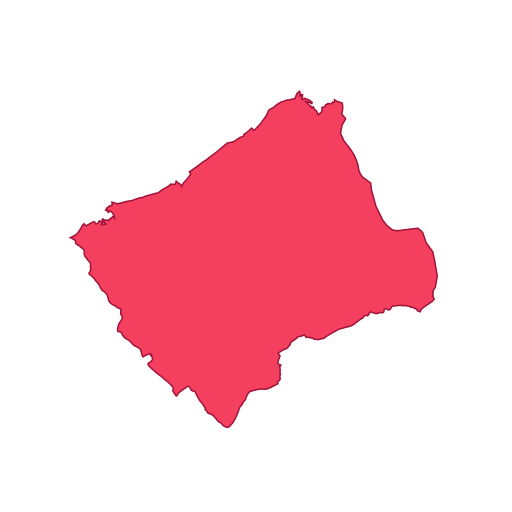 the district of Chibed, Mures, Romania, rotated 107°
{"feature_id": "2599482B68671964620043", "entity_name": "Chibed", "entity_type": "district", "adm_level": 2, "iso_a3": "ROU", "parent_name": "Romania", "parent_adm1": "Mures", "projection": "equal_earth", "projection_center": [24.976, 46.536], "detail": "fine", "context": "isolated", "style": "filled", "palette": "rose", "viewbox_px": 512, "rotation_deg": 107, "n_neighbors": 0, "source": "geoboundaries", "source_scale": "gbopen_adm2", "svg_char_len": 6067}
<svg xmlns="http://www.w3.org/2000/svg" viewBox="0 0 512 512"><g transform="rotate(107 256 256)"><path d="M297.8,429.3L297.6,429.0L297.7,428.4L299.1,425.5L299.8,423.4L300.6,422.1L301.0,421.8L304.6,420.8L306.2,419.6L309.1,415.5L311.1,412.4L312.6,411.6L314.5,411.4L315.4,410.7L316.4,410.4L319.1,410.1L321.2,410.7L321.7,410.5L322.0,409.9L322.5,409.7L322.7,408.0L323.9,406.0L324.7,404.4L326.3,402.4L328.8,398.4L330.0,397.1L332.2,395.2L333.2,394.0L334.0,392.7L334.3,391.3L335.4,389.0L336.1,387.9L337.2,386.6L342.1,383.5L343.0,382.4L344.2,379.6L345.2,375.2L346.1,372.7L346.0,371.6L346.3,369.9L346.5,369.7L351.2,368.4L353.0,366.2L354.6,365.7L355.8,365.7L360.1,367.1L361.5,367.3L365.9,367.2L367.6,366.6L368.6,365.9L368.6,365.1L368.1,363.8L368.1,363.3L369.2,361.9L371.3,359.7L372.4,358.1L374.2,351.8L377.1,346.9L377.5,345.1L378.0,341.7L378.5,340.4L379.3,339.1L380.0,338.5L384.7,335.6L385.3,334.9L385.4,334.3L385.2,334.1L384.2,333.5L383.1,332.5L382.4,331.4L381.0,329.7L380.4,328.1L380.6,327.0L380.9,326.7L381.3,326.9L381.6,327.9L381.8,327.9L382.8,326.1L383.6,325.4L385.4,324.7L386.3,324.9L387.9,325.9L390.1,327.7L390.7,327.7L391.7,327.3L392.7,325.8L394.4,322.5L395.3,320.0L396.7,317.4L397.7,314.7L398.9,311.2L401.1,306.6L402.1,303.7L405.1,297.9L406.1,296.8L406.6,296.6L409.4,296.0L410.0,295.4L413.0,291.7L413.1,291.3L412.8,290.8L412.2,290.5L410.6,290.4L408.6,289.3L404.8,286.6L402.3,284.5L401.3,283.9L400.5,283.0L400.5,281.9L400.8,281.2L403.3,278.6L403.5,278.0L403.6,276.9L403.4,275.7L403.7,274.3L406.6,271.9L411.2,267.0L412.6,264.4L416.3,260.2L416.8,259.8L417.4,259.8L418.0,259.5L418.4,257.9L419.7,256.9L420.1,256.3L420.4,255.2L420.4,252.5L421.5,249.5L425.2,243.8L425.6,242.8L426.1,240.3L427.4,238.5L427.8,237.6L428.3,235.8L428.3,234.0L428.0,232.5L426.6,231.5L422.5,229.5L417.9,228.4L413.7,227.8L409.8,227.4L406.7,227.5L404.7,227.1L402.3,225.9L400.0,225.6L396.5,224.2L391.3,223.8L388.1,222.8L386.2,220.4L383.7,216.4L382.0,213.0L380.4,207.1L378.5,205.2L377.8,203.7L376.7,202.8L372.3,198.2L371.6,197.7L370.3,198.7L368.1,197.1L365.7,197.0L364.7,198.0L361.5,198.2L360.1,199.2L358.3,199.4L357.2,200.0L355.7,200.4L354.8,201.1L354.3,201.1L354.0,200.6L353.3,200.2L352.9,200.6L352.9,202.1L352.7,203.1L351.7,203.9L349.3,204.1L345.3,203.8L344.1,204.1L343.6,205.3L342.6,206.4L341.0,205.3L337.8,202.6L335.7,199.8L334.1,198.8L331.1,197.6L329.8,197.4L328.5,197.6L323.9,193.9L322.1,192.7L321.7,192.9L321.4,192.7L319.1,188.9L318.1,187.7L317.7,186.5L317.7,186.1L318.1,185.5L319.2,184.4L319.2,184.1L318.8,183.8L318.3,181.4L318.2,178.4L318.0,177.7L318.0,177.3L318.5,176.3L318.5,175.5L317.6,171.8L315.6,168.2L314.4,166.6L312.4,165.3L308.6,161.9L301.8,155.4L294.8,144.3L292.3,142.1L286.9,138.4L283.9,135.6L282.3,135.2L280.9,134.2L280.5,133.1L280.7,132.2L280.4,131.6L279.5,131.6L278.6,130.9L277.4,130.9L276.2,130.3L275.7,129.8L276.1,129.1L276.0,124.2L275.3,122.8L274.0,121.3L273.2,118.2L272.4,117.5L269.5,117.7L268.8,117.2L268.4,116.6L268.9,113.9L268.6,112.9L267.9,112.1L264.9,111.4L263.8,110.4L262.9,107.8L261.3,104.6L260.6,101.8L260.7,101.2L259.8,98.9L259.3,94.9L259.3,93.7L259.9,92.8L259.2,91.2L259.2,89.8L260.0,89.1L259.5,87.9L260.1,86.6L260.9,86.0L261.3,84.8L261.3,82.6L259.0,82.6L256.6,81.1L247.7,74.1L245.8,73.2L244.8,73.1L243.9,74.3L240.8,75.7L236.9,76.4L233.5,75.4L222.4,76.7L209.8,83.0L200.3,88.2L193.6,97.1L185.2,103.1L183.7,105.4L182.1,109.3L190.0,127.2L191.0,130.3L191.1,133.4L188.6,139.7L184.7,145.3L173.3,155.9L159.1,164.9L152.7,167.7L149.5,176.9L147.3,179.9L145.1,181.9L142.1,183.8L139.7,184.8L134.3,188.6L131.0,191.5L126.4,196.7L119.8,206.1L116.5,208.6L114.4,211.0L113.2,211.0L109.6,211.6L105.2,211.9L98.9,210.4L98.3,210.6L95.3,215.4L91.3,215.9L88.9,216.4L85.5,217.7L84.4,218.7L84.5,219.8L84.4,223.7L83.7,226.6L85.2,225.9L86.2,226.4L86.5,226.8L86.3,227.7L88.2,228.3L88.7,228.9L89.0,231.7L89.4,232.1L90.0,232.1L90.6,233.2L91.1,233.6L92.9,233.8L93.5,234.4L94.6,236.4L95.6,235.8L97.3,235.6L98.6,235.1L99.0,235.2L99.4,235.8L102.8,237.7L100.2,239.9L99.2,241.2L99.3,242.0L99.0,242.5L96.6,244.8L96.6,245.1L96.8,245.2L97.1,244.9L98.0,245.7L97.9,246.1L96.4,247.7L96.5,248.7L94.8,251.4L94.0,253.7L93.6,253.6L93.6,253.4L94.0,252.1L94.1,251.3L93.4,250.9L94.0,247.2L92.7,247.2L92.4,247.7L91.4,251.0L90.9,255.1L91.1,255.7L92.5,256.8L92.7,257.2L92.5,257.9L92.3,258.2L91.4,258.0L90.3,258.0L89.2,258.4L88.0,258.6L87.9,258.8L88.1,259.2L88.8,259.8L90.1,260.5L90.3,260.7L90.2,260.9L90.0,261.1L88.7,260.8L88.2,261.0L85.7,262.4L86.2,262.9L88.4,264.3L91.1,264.6L94.2,264.7L94.3,265.5L94.7,266.2L96.9,269.6L97.7,271.9L101.9,277.5L104.8,280.1L106.7,281.4L108.5,282.4L112.3,286.1L113.8,286.6L116.8,286.8L119.4,287.4L126.5,289.8L129.9,291.0L130.8,291.8L131.8,292.1L135.8,294.1L136.5,294.6L136.5,294.9L135.7,296.0L135.0,297.7L138.1,299.4L141.6,301.6L142.0,302.3L142.7,302.9L145.3,303.2L145.9,303.8L146.9,305.5L148.5,307.0L152.9,310.4L155.5,314.7L156.0,316.0L156.5,316.6L167.5,323.7L176.8,330.5L177.0,330.3L182.3,334.8L187.4,338.4L195.1,344.4L196.3,342.4L200.3,343.5L207.6,346.8L209.8,347.3L211.3,347.3L210.1,348.5L209.4,349.7L208.9,351.7L207.8,354.2L210.4,354.1L211.1,354.3L212.2,358.5L214.9,360.2L220.3,365.3L224.0,367.9L230.8,378.9L233.0,381.3L233.8,383.2L236.7,387.6L239.2,390.7L241.3,395.1L246.6,403.7L246.6,409.5L249.3,408.4L250.5,409.8L250.8,410.6L253.9,412.8L254.1,412.7L256.2,413.1L256.1,412.7L255.2,412.1L255.3,411.7L256.2,411.4L257.5,410.1L257.4,409.7L256.0,409.4L255.7,409.1L255.7,408.6L255.9,407.8L256.7,405.9L257.9,404.7L258.3,404.1L258.6,403.8L261.1,402.4L260.1,404.5L261.6,405.2L262.8,406.2L263.6,406.5L263.9,407.0L264.6,407.1L265.2,407.7L265.0,408.1L265.5,408.9L265.5,410.1L266.1,411.6L265.5,412.4L265.3,412.8L265.4,413.3L265.8,413.6L266.5,413.8L266.9,413.3L267.5,411.5L269.6,408.9L270.1,410.9L271.0,412.2L271.2,413.1L270.8,413.1L268.5,412.1L268.2,416.1L268.7,416.4L270.0,416.3L271.8,417.9L272.1,419.0L270.6,420.2L270.7,421.0L272.0,422.8L276.6,427.1L276.6,427.7L275.5,430.1L277.8,431.0L281.4,431.8L285.1,432.9L287.5,433.9L288.7,434.8L292.8,438.9L292.8,437.7L293.7,434.2L294.4,433.1L296.9,431.8L297.2,431.2L297.3,430.3L297.8,429.3Z" fill="#f43f5e" stroke="#9f1239" stroke-width="1.5"/></g></svg>